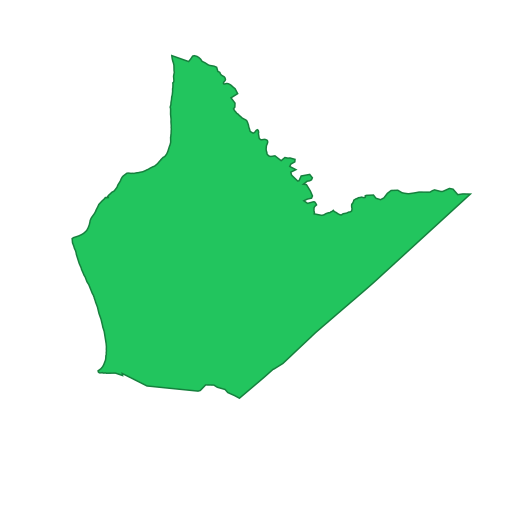 outline of North Guadalcanal, Guadalcanal, Solomon Islands, rotated 291°
{"feature_id": "97153195B68303818667914", "entity_name": "North Guadalcanal", "entity_type": "district", "adm_level": 2, "iso_a3": "SLB", "parent_name": "Solomon Islands", "parent_adm1": "Guadalcanal", "projection": "equal_earth", "projection_center": [160.207, -9.472], "detail": "fine", "context": "isolated", "style": "filled", "palette": "green", "viewbox_px": 512, "rotation_deg": 291, "n_neighbors": 0, "source": "geoboundaries", "source_scale": "gbopen_adm2", "svg_char_len": 4776}
<svg xmlns="http://www.w3.org/2000/svg" viewBox="0 0 512 512"><g transform="rotate(291 256 256)"><path d="M412.9,105.6L411.9,106.1L410.1,107.1L408.2,108.4L406.5,109.8L404.7,111.0L399.6,113.1L398.3,113.9L394.3,114.6L390.1,116.6L388.8,116.8L387.8,116.3L386.4,117.0L383.2,118.1L382.2,118.2L379.7,119.2L376.3,120.1L374.3,120.3L371.6,121.1L368.9,121.6L366.8,122.3L364.4,122.5L363.9,122.7L363.4,123.2L361.9,123.9L360.8,124.3L357.8,125.4L353.2,127.7L350.6,128.6L346.8,130.4L345.9,130.6L343.9,131.6L343.2,131.7L339.2,133.1L338.6,133.1L337.3,133.6L336.3,133.7L331.6,135.6L329.2,135.9L327.3,135.9L322.2,136.2L319.3,136.1L316.2,135.2L315.2,134.4L315.0,134.1L311.7,132.6L311.2,132.7L310.2,132.1L306.9,131.0L303.5,129.1L302.4,127.8L300.1,125.7L298.0,124.1L297.6,123.5L296.1,122.2L294.0,120.0L292.4,117.4L291.7,116.4L290.8,114.6L289.4,112.5L289.0,111.2L288.3,109.6L287.8,107.5L287.2,106.1L286.9,105.7L283.0,103.3L281.6,102.8L279.6,102.5L277.4,102.5L272.8,101.6L270.3,101.6L265.9,100.3L265.0,99.6L263.6,98.4L262.0,97.8L261.7,97.5L261.0,97.3L260.1,96.7L259.4,96.5L258.3,96.6L257.6,97.1L257.4,96.8L257.9,96.0L257.1,95.8L256.6,95.2L256.6,94.4L254.9,93.9L252.1,92.5L247.8,90.8L245.5,90.7L241.1,90.2L240.7,90.4L239.7,90.2L237.9,90.0L233.0,88.7L231.2,88.5L229.6,88.5L228.2,88.8L225.4,89.2L222.1,89.2L219.2,88.8L217.8,88.2L215.3,86.9L213.5,85.5L211.4,83.5L210.3,82.2L207.7,79.0L206.3,78.1L205.6,78.5L202.5,80.0L200.1,82.2L198.0,83.8L196.4,85.5L194.7,86.8L193.0,87.8L185.6,93.7L182.2,97.1L181.1,97.8L178.7,100.2L176.4,102.4L175.2,104.0L171.4,107.4L170.7,108.3L169.4,110.1L162.4,116.6L161.2,118.1L160.0,119.1L159.7,119.6L159.0,119.9L156.3,122.2L155.4,122.8L154.2,123.9L151.5,126.3L146.1,130.0L141.4,134.0L136.3,137.5L134.8,138.4L131.2,141.3L120.5,147.5L117.6,148.9L115.0,149.8L113.8,150.4L112.1,150.8L110.6,151.5L109.1,151.6L106.7,152.4L104.8,152.8L100.1,152.8L97.7,152.5L95.1,151.6L92.2,149.7L91.2,150.4L90.8,151.6L91.3,153.1L92.1,154.4L91.9,155.0L92.2,156.0L92.9,157.3L92.9,158.2L96.3,166.7L96.6,174.3L98.4,173.2L95.6,200.8L97.0,205.9L99.6,215.5L109.1,250.3L110.5,252.2L117.6,255.2L120.4,262.9L119.6,266.9L120.3,275.0L118.4,278.6L118.0,286.0L117.3,291.5L141.2,304.6L146.4,307.4L156.6,312.7L156.7,313.1L165.3,319.6L205.5,338.9L207.4,339.9L236.6,355.6L261.2,368.9L267.8,372.4L273.1,375.2L387.2,432.2L390.6,433.9L388.1,426.9L385.6,422.4L389.0,416.0L388.4,412.4L383.2,407.2L382.5,405.6L381.7,399.0L380.1,397.2L377.9,395.5L374.1,385.3L371.6,381.2L368.7,376.0L367.7,371.7L367.4,369.6L368.2,364.8L365.6,358.7L361.6,356.2L356.1,354.6L353.2,352.1L352.9,347.3L355.0,343.8L352.2,337.4L351.4,336.4L351.0,336.5L350.6,336.9L349.8,336.9L349.1,335.8L349.0,335.1L348.8,333.5L348.6,333.1L348.0,332.4L347.0,330.5L346.0,330.2L345.5,329.1L343.1,327.3L342.1,327.5L340.7,327.4L339.5,327.3L338.7,326.8L337.0,327.3L335.6,328.0L335.0,328.5L333.9,328.9L332.1,329.1L330.7,327.9L330.3,326.9L328.5,325.2L326.8,322.4L326.1,321.7L325.3,321.3L324.8,320.8L324.7,320.2L324.6,319.2L324.8,317.3L325.3,315.5L325.5,313.6L325.9,312.4L326.3,311.8L325.1,311.2L323.8,309.9L323.1,309.6L322.4,308.6L322.4,308.2L320.6,306.1L318.7,304.6L317.5,302.8L317.3,301.7L316.2,295.2L317.6,294.9L319.1,293.8L320.1,293.5L321.8,292.9L323.3,293.1L325.4,294.2L326.5,293.0L327.5,291.4L327.2,290.2L323.6,285.3L324.7,280.9L327.6,283.6L329.9,287.1L332.3,287.2L336.1,283.5L340.7,277.5L340.0,274.5L344.2,277.0L345.4,279.1L347.0,280.5L349.2,280.6L351.4,276.9L346.9,269.5L341.7,269.2L340.9,268.1L344.2,260.3L346.7,258.4L350.9,262.3L351.7,255.4L354.3,255.6L357.8,258.5L360.2,257.8L359.7,252.6L358.8,250.8L358.3,247.7L354.0,245.3L356.3,237.8L355.7,236.7L354.8,235.3L354.1,233.7L354.0,232.3L354.5,230.9L355.1,229.9L355.9,229.2L356.7,229.0L357.3,228.4L358.3,227.7L359.5,227.1L361.4,226.6L362.3,226.3L363.6,226.2L364.5,226.3L366.1,226.2L366.8,226.0L367.8,225.3L368.1,224.6L368.1,222.7L367.9,222.0L366.9,220.3L366.4,219.4L366.3,218.5L366.8,217.2L367.3,216.6L368.2,216.1L371.3,214.3L372.3,214.2L373.8,213.3L374.2,212.8L374.4,212.0L373.4,211.2L372.5,210.9L371.3,210.6L369.8,209.6L369.7,208.7L369.8,208.2L370.1,206.4L370.6,205.5L372.0,204.6L373.6,203.2L375.7,201.9L377.7,200.2L379.1,198.7L379.4,197.4L379.6,195.5L379.9,193.4L380.4,192.4L381.4,189.6L382.0,188.5L382.2,187.3L382.5,186.5L383.1,185.7L383.8,184.2L385.3,182.3L387.4,182.9L391.2,181.6L394.7,176.0L401.0,180.7L404.7,176.5L405.4,174.3L406.5,171.5L406.8,169.9L406.9,168.5L406.7,167.2L406.4,166.5L405.4,165.2L405.1,164.2L405.3,163.8L406.1,163.6L407.3,163.7L408.5,164.2L409.6,164.3L410.2,164.0L411.3,163.1L411.9,162.1L412.4,159.2L412.8,158.2L413.6,157.1L414.4,156.5L414.6,155.5L414.6,154.3L418.1,151.6L418.2,148.8L417.3,144.3L417.3,143.0L418.1,139.2L418.4,135.9L419.9,133.8L420.8,131.5L421.2,129.3L420.9,126.6L419.9,125.2L416.3,124.4L413.4,123.4L412.9,105.6Z" fill="#22c55e" stroke="#15803d" stroke-width="1.5"/></g></svg>